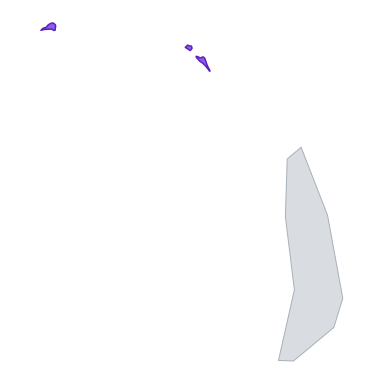 Amatuku, Tuvalu shown in context
{"feature_id": "33948139B56482172223840", "entity_name": "Amatuku", "entity_type": "district", "adm_level": 2, "iso_a3": "TUV", "parent_name": "Tuvalu", "parent_adm1": "", "projection": "albers", "projection_center": [179.158, -8.434], "detail": "fine", "context": "in_parent", "style": "filled", "palette": "violet", "viewbox_px": 384, "rotation_deg": 0, "n_neighbors": 0, "source": "geoboundaries", "source_scale": "gbopen_adm2", "svg_char_len": 1681}
<svg xmlns="http://www.w3.org/2000/svg" viewBox="0 0 384 384"><path d="M333.8,327.5L293.5,361.0L278.5,360.4L294.4,289.8L285.4,216.9L287.2,158.9L301.1,147.3L327.5,215.1L342.8,298.4L333.8,327.5Z" fill="#d9dde1" stroke="#a8b0b8" stroke-width="1"/><path d="M54.7,24.2L53.9,23.5L53.2,23.1L51.9,23.0L50.4,23.6L48.9,24.4L48.0,25.1L47.5,25.7L46.9,26.4L46.2,27.1L45.6,27.6L43.8,28.0L42.9,28.5L41.5,29.6L41.2,30.2L41.9,30.2L43.0,29.7L44.2,29.5L46.2,29.3L47.6,29.3L49.8,29.1L51.7,29.2L52.5,29.5L53.1,30.1L53.7,30.4L55.0,30.3L55.3,28.9L55.4,27.4L55.7,26.4L55.5,25.3L55.2,24.6L54.7,24.2ZM196.3,56.5L196.2,56.5L196.2,56.9L196.3,57.0L196.4,57.3L196.5,57.5L196.7,57.9L196.9,58.2L197.2,58.4L197.3,58.5L197.6,58.8L197.9,59.0L198.3,59.6L198.7,60.0L199.3,60.7L199.6,61.0L200.1,61.4L200.8,61.8L201.2,62.2L201.6,62.5L202.0,62.6L202.7,63.2L205.8,66.2L207.7,68.7L207.8,68.8L208.0,69.0L208.3,69.3L208.4,69.6L208.8,70.0L209.1,70.5L209.3,70.9L209.4,71.0L209.6,71.1L209.9,71.0L210.0,70.9L209.9,70.7L209.5,69.9L208.0,67.0L207.4,65.7L207.0,64.8L206.6,63.6L206.2,62.4L205.3,59.8L205.2,59.5L205.1,59.2L204.8,58.5L204.6,58.1L204.4,57.9L204.1,57.7L203.8,57.4L203.6,57.2L203.3,57.0L203.1,57.0L202.8,57.0L202.6,57.0L202.2,57.1L202.0,57.3L201.7,57.4L201.5,57.5L201.2,57.7L200.8,57.8L200.5,57.9L200.1,57.9L199.9,57.9L199.6,57.8L199.4,57.6L199.2,57.4L198.8,57.1L198.3,56.9L197.7,56.7L197.0,56.4L196.7,56.4L196.3,56.5ZM187.4,45.2L187.1,45.6L186.7,46.1L186.3,46.4L185.6,47.0L185.4,47.5L186.1,47.9L186.8,48.4L187.8,49.0L188.7,49.6L189.2,50.0L189.9,50.3L190.4,50.4L191.3,49.3L192.0,48.3L191.8,47.0L191.4,46.2L191.0,46.0L190.3,46.1L188.9,45.6L187.6,45.1L187.4,45.2Z" fill="#8b5cf6" stroke="#5b21b6" stroke-width="1.5"/></svg>